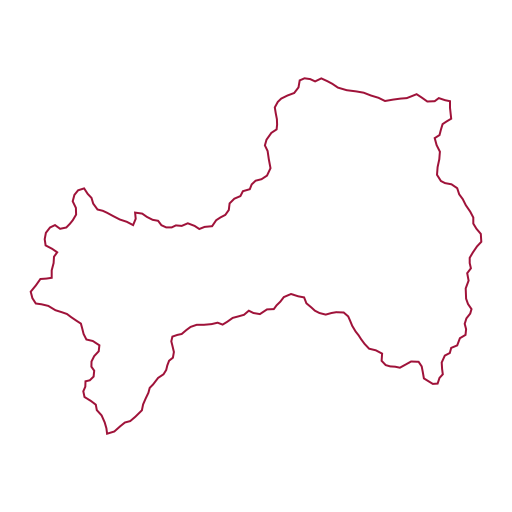 Carangola, Minas Gerais, Brazil (Mercator projection)
{"feature_id": "56859067B57356362865245", "entity_name": "Carangola", "entity_type": "district", "adm_level": 2, "iso_a3": "BRA", "parent_name": "Brazil", "parent_adm1": "Minas Gerais", "projection": "mercator", "projection_center": [-42.102, -20.708], "detail": "fine", "context": "isolated", "style": "outline", "palette": "rose", "viewbox_px": 512, "rotation_deg": 0, "n_neighbors": 0, "source": "geoboundaries", "source_scale": "gbopen_adm2", "svg_char_len": 3249}
<svg xmlns="http://www.w3.org/2000/svg" viewBox="0 0 512 512"><path d="M480.8,233.9L476.4,228.7L473.3,223.6L473.3,217.5L470.2,211.6L465.8,205.2L462.8,199.2L459.2,194.3L457.2,188.2L451.5,184.3L445.0,183.1L440.9,181.0L437.0,174.8L437.6,167.1L439.3,159.2L439.9,151.7L436.6,145.1L434.7,138.1L439.5,135.1L440.9,129.7L442.6,124.1L446.5,121.5L451.2,118.7L450.6,113.3L450.0,107.8L450.0,101.2L445.1,100.2L438.8,98.1L434.7,101.2L427.3,101.5L421.5,97.4L416.6,94.2L411.4,96.3L406.8,98.1L400.5,98.6L393.1,99.6L385.0,101.0L378.5,97.8L370.9,95.5L363.7,92.7L356.2,91.4L346.7,90.2L337.9,87.6L332.3,83.8L327.4,81.2L321.3,78.4L315.1,81.4L310.2,79.1L304.5,78.3L299.7,80.4L298.5,87.4L294.2,93.0L287.5,95.5L281.2,98.6L277.8,101.9L274.8,107.4L275.7,113.0L276.9,119.2L277.1,124.6L276.6,129.4L271.4,132.8L266.5,139.7L264.9,145.4L267.6,151.0L268.8,159.2L270.5,168.2L267.0,175.6L261.5,179.2L255.6,180.7L251.7,184.4L249.8,189.2L242.9,191.2L240.4,196.1L234.3,198.7L229.6,203.4L228.8,210.0L225.3,214.9L220.5,217.4L216.2,220.2L212.1,226.2L204.6,226.9L199.3,229.0L194.6,225.9L187.8,223.3L181.7,225.9L175.9,225.4L171.7,227.4L166.2,227.4L161.4,225.2L158.1,220.8L152.6,219.8L146.9,216.9L142.2,213.6L135.1,212.6L135.7,218.8L133.1,225.1L126.8,221.8L119.8,219.5L113.2,216.1L107.1,212.8L102.8,210.8L97.5,209.5L93.2,203.6L91.5,197.9L87.7,193.9L84.1,188.4L78.1,190.3L74.4,194.9L72.7,201.3L75.9,207.9L76.1,214.6L72.8,220.2L69.9,223.8L66.3,227.5L60.1,228.8L55.0,225.1L50.0,227.5L45.9,232.8L44.7,239.2L45.6,245.4L52.1,248.8L57.2,252.3L54.0,256.7L53.6,263.1L51.7,270.3L51.7,277.8L46.3,278.6L40.4,279.0L35.8,285.5L30.7,291.7L32.4,298.2L35.8,303.5L41.6,304.3L48.3,305.9L55.4,310.2L61.8,312.2L67.0,314.0L71.1,317.1L76.4,320.7L80.9,323.6L82.2,328.4L83.6,334.0L86.4,339.5L92.8,341.0L99.4,345.3L98.7,351.3L94.2,356.1L91.5,361.5L91.4,366.7L94.2,370.7L93.6,376.6L89.8,380.3L85.5,381.3L85.3,386.7L83.3,391.3L84.5,397.0L91.1,401.1L95.8,404.7L96.8,410.1L101.6,415.4L104.7,422.4L106.4,428.3L107.1,433.7L114.3,431.5L120.4,426.1L124.9,422.5L130.2,421.1L135.4,416.7L141.9,410.3L143.1,404.4L145.8,398.2L148.4,392.8L149.7,387.9L153.2,384.3L158.1,377.9L163.5,374.3L166.2,370.0L167.3,365.4L169.1,360.7L172.9,357.7L173.9,352.0L172.5,346.1L171.3,341.3L172.4,336.6L177.4,334.9L181.7,334.0L186.4,330.0L190.6,326.9L196.7,324.8L203.9,324.8L211.6,324.1L217.6,322.7L222.6,324.6L227.2,321.8L232.7,317.9L238.7,316.3L244.0,314.8L248.8,310.7L253.4,313.0L259.9,314.1L267.0,309.4L273.8,309.1L276.6,305.3L280.3,301.7L283.8,297.1L291.0,294.0L298.2,296.3L304.1,297.4L306.4,303.3L311.3,307.4L314.9,310.7L319.4,313.0L325.7,314.6L331.5,313.0L336.2,312.2L343.7,312.5L348.2,316.4L350.1,320.7L352.2,325.8L355.6,331.5L358.6,335.3L361.1,339.2L364.5,343.8L369.1,348.7L375.8,350.3L382.1,353.6L381.6,360.8L385.7,365.1L390.2,366.4L395.1,366.7L399.9,367.7L404.6,365.1L411.1,361.5L418.6,361.8L421.7,366.4L422.7,371.6L423.9,378.4L428.9,381.5L432.8,383.9L437.6,383.6L439.5,377.9L442.8,374.3L442.1,369.0L441.7,362.5L444.8,355.6L449.8,353.0L451.2,347.9L457.2,345.4L459.9,338.2L465.5,334.9L466.1,329.2L464.7,323.8L466.4,318.4L470.2,313.6L471.5,309.1L468.0,304.0L466.1,298.7L465.7,288.4L468.6,280.6L467.2,273.2L470.9,268.3L469.7,263.1L469.7,257.8L472.9,252.4L477.0,246.4L481.3,241.8L480.8,233.9Z" fill="none" stroke="#9f1239" stroke-width="2"/></svg>